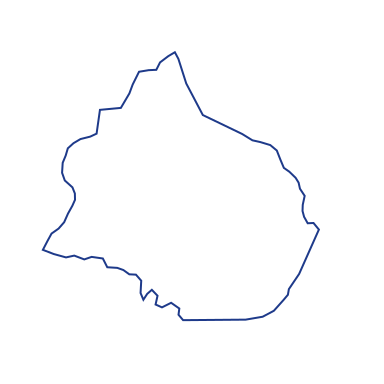 Assunção, Paraíba, Brazil, rotated 114°
{"feature_id": "56859067B95091211309862", "entity_name": "Assunção", "entity_type": "district", "adm_level": 2, "iso_a3": "BRA", "parent_name": "Brazil", "parent_adm1": "Paraíba", "projection": "orthographic", "projection_center": [-36.706, -7.073], "detail": "fine", "context": "isolated", "style": "outline", "palette": "blue", "viewbox_px": 384, "rotation_deg": 114, "n_neighbors": 0, "source": "geoboundaries", "source_scale": "gbopen_adm2", "svg_char_len": 1114}
<svg xmlns="http://www.w3.org/2000/svg" viewBox="0 0 384 384"><g transform="rotate(114 192 192)"><path d="M277.2,76.7L267.2,68.9L253.5,64.5L246.9,62.6L241.3,64.0L223.3,60.8L174.7,60.8L170.9,68.4L173.5,73.6L169.1,79.5L164.4,83.3L158.7,85.6L149.7,87.5L145.1,94.7L140.1,98.4L136.9,103.1L133.9,111.3L132.6,117.9L126.4,124.5L119.6,131.4L117.3,139.6L118.6,149.9L120.2,157.8L118.6,169.7L117.3,213.4L95.2,241.4L75.9,258.6L71.3,264.5L77.5,268.9L86.6,273.9L94.9,274.3L98.3,281.1L103.7,289.3L117.9,289.9L127.4,289.3L144.1,291.2L154.4,309.5L177.5,302.9L182.8,307.5L189.0,315.4L195.6,320.1L202.6,323.2L210.1,322.2L217.9,322.0L227.3,318.5L233.2,312.9L236.4,303.1L241.0,298.4L246.7,295.7L253.2,295.7L262.2,296.5L271.6,296.5L279.7,299.0L287.1,303.4L295.5,304.1L305.5,304.7L304.9,293.1L303.0,280.5L298.0,273.7L297.4,263.0L292.1,257.3L289.0,246.4L295.2,238.8L291.7,229.4L291.2,223.0L292.7,215.8L290.3,209.6L293.7,202.3L305.2,197.9L310.2,192.6L303.3,191.5L297.7,188.9L300.8,181.3L309.6,179.5L309.6,172.5L301.7,166.0L303.6,156.2L309.6,154.4L312.7,148.0L286.8,91.1L277.2,76.7Z" fill="none" stroke="#1e3a8a" stroke-width="2"/></g></svg>